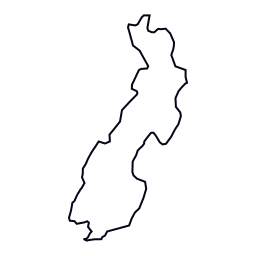 Moungo, Littoral, Cameroon
{"feature_id": "32672807B47378783864223", "entity_name": "Moungo", "entity_type": "district", "adm_level": 2, "iso_a3": "CMR", "parent_name": "Cameroon", "parent_adm1": "Littoral", "projection": "albers", "projection_center": [9.759, 4.725], "detail": "fine", "context": "isolated", "style": "outline", "palette": "ink", "viewbox_px": 256, "rotation_deg": 0, "n_neighbors": 0, "source": "geoboundaries", "source_scale": "gbopen_adm2", "svg_char_len": 1523}
<svg xmlns="http://www.w3.org/2000/svg" viewBox="0 0 256 256"><path d="M83.6,239.0L86.8,240.6L89.4,240.0L94.4,239.3L101.3,239.2L102.3,237.1L105.0,235.6L107.1,231.5L129.1,225.5L131.7,218.5L135.0,212.4L139.2,208.5L143.5,197.9L146.2,188.8L145.1,181.8L137.0,178.7L133.5,175.4L132.4,172.1L132.7,161.4L136.1,155.4L137.7,150.5L140.1,148.1L142.4,146.0L144.1,143.6L144.3,141.5L146.7,138.2L150.9,132.9L153.5,132.7L155.7,135.5L158.2,139.6L159.7,142.2L162.6,144.4L166.0,143.8L171.2,136.7L175.0,129.4L178.3,124.4L179.7,120.1L180.6,117.0L180.9,115.9L180.2,112.3L175.9,106.9L175.5,98.1L178.5,91.3L181.1,88.0L184.7,84.2L185.2,83.7L187.0,82.8L186.1,79.0L185.6,77.2L185.6,70.0L175.4,66.3L171.3,55.0L173.3,49.1L173.9,45.5L174.0,42.3L173.7,41.5L170.2,33.4L165.6,28.7L161.1,29.2L158.1,28.9L154.2,32.3L151.7,32.2L148.2,30.7L147.4,27.9L148.0,24.4L149.6,15.4L143.8,15.4L141.9,17.1L137.6,24.4L135.2,25.4L128.8,24.4L128.0,27.3L129.8,33.7L133.0,45.5L139.6,50.6L148.2,66.1L147.1,68.5L141.4,68.9L139.0,69.9L132.0,84.7L131.8,88.8L136.8,91.2L137.4,93.0L136.9,94.5L129.4,102.1L122.0,110.1L120.0,121.6L109.5,134.7L109.9,141.4L105.1,143.5L98.7,141.5L95.1,147.0L91.5,152.4L88.3,158.2L87.7,159.4L85.9,163.7L82.9,168.5L82.7,174.2L82.0,177.3L84.5,183.0L81.5,188.3L80.6,189.2L79.1,191.8L78.0,193.4L77.4,194.6L76.4,196.5L74.5,200.9L72.4,202.8L71.0,210.7L69.0,217.7L69.8,220.7L74.5,221.2L76.8,223.8L84.7,222.3L87.2,221.3L88.9,222.7L88.0,226.8L90.0,229.5L91.6,231.5L90.0,233.3L88.0,237.2L86.1,239.0L83.6,239.0Z" fill="none" stroke="#020617" stroke-width="2"/></svg>